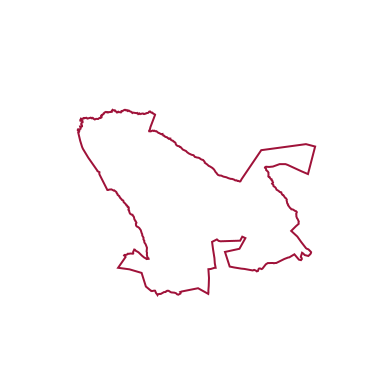 Narok North, Rift Valley, Kenya (Robinson projection), rotated 123°
{"feature_id": "3690345B19794245895997", "entity_name": "Narok North", "entity_type": "district", "adm_level": 2, "iso_a3": "KEN", "parent_name": "Kenya", "parent_adm1": "Rift Valley", "projection": "robinson", "projection_center": [35.859, -0.842], "detail": "fine", "context": "isolated", "style": "outline", "palette": "rose", "viewbox_px": 384, "rotation_deg": 123, "n_neighbors": 0, "source": "geoboundaries", "source_scale": "gbopen_adm2", "svg_char_len": 6108}
<svg xmlns="http://www.w3.org/2000/svg" viewBox="0 0 384 384"><g transform="rotate(123 192 192)"><path d="M268.6,122.9L267.3,123.5L265.9,124.5L261.7,126.8L254.9,130.9L247.8,136.2L246.3,134.3L243.4,131.9L242.7,130.9L239.3,134.1L235.2,137.2L228.3,143.4L222.9,148.0L218.2,145.3L218.5,143.1L217.9,141.4L206.6,125.1L202.1,125.5L201.6,122.1L213.8,121.3L224.3,131.7L234.0,119.8L232.3,115.5L229.4,108.9L228.0,106.2L224.7,98.3L223.5,97.5L223.3,96.7L223.1,95.3L223.3,94.5L222.4,93.7L220.3,94.2L219.7,94.1L219.1,93.4L218.7,91.6L217.9,91.2L212.4,90.7L210.3,89.7L207.3,85.2L207.2,84.5L206.4,83.8L205.7,82.7L197.9,78.1L194.6,75.7L193.8,74.8L188.5,72.2L190.5,65.5L189.8,63.5L188.4,63.4L187.7,64.0L187.2,65.4L183.0,66.6L183.0,65.4L183.5,63.1L182.3,59.6L180.0,59.0L178.9,58.9L177.6,59.3L177.3,60.3L176.7,63.1L177.1,65.1L177.0,65.9L174.5,73.1L172.0,79.4L170.6,87.6L164.1,86.2L160.6,85.2L159.3,86.2L158.7,86.3L157.2,88.6L156.7,89.8L155.5,91.3L154.3,92.0L153.7,92.7L151.8,93.1L151.7,93.3L151.4,94.2L151.7,95.0L151.7,97.6L152.1,98.9L152.4,99.2L152.0,100.3L151.9,101.4L151.2,102.9L150.9,104.1L150.0,104.7L149.9,105.5L149.5,106.1L148.3,107.2L147.7,108.0L146.8,108.3L146.1,109.7L146.1,110.9L144.9,113.6L145.1,114.0L144.9,114.2L145.0,115.0L144.1,116.7L143.7,116.9L143.7,117.3L144.2,118.4L143.9,120.0L144.0,122.4L143.1,123.7L142.7,125.0L142.7,126.8L141.7,127.7L141.6,128.8L141.3,129.4L140.7,129.1L139.9,129.2L139.2,130.5L138.9,130.6L138.6,131.2L138.6,131.9L138.0,132.2L138.1,133.1L137.9,134.0L137.2,135.1L137.6,135.7L137.4,136.4L137.2,136.6L136.0,137.1L134.9,138.0L134.2,138.3L133.6,139.4L133.2,141.8L132.6,142.1L132.1,142.8L131.9,144.1L131.5,144.2L130.5,143.7L129.0,141.0L126.6,138.0L120.9,133.7L117.7,128.7L117.2,126.6L115.0,111.4L113.8,104.5L86.8,113.5L89.8,122.5L119.2,156.7L154.3,157.4L156.7,157.2L157.2,157.7L157.5,159.3L158.0,159.9L157.9,160.9L158.7,162.0L158.7,163.5L159.2,165.5L159.9,166.7L160.6,169.1L160.9,171.1L162.0,174.1L162.3,176.4L163.1,177.8L163.5,179.3L163.2,180.7L162.8,181.5L162.5,182.9L161.2,185.6L160.9,186.8L160.9,187.6L160.7,187.9L160.8,191.2L161.0,192.2L160.6,194.5L160.5,197.2L160.2,197.3L159.7,198.1L159.1,200.2L159.5,201.4L159.7,202.8L159.5,203.8L159.7,205.2L160.3,206.4L161.0,208.8L160.3,210.7L161.0,212.6L161.4,215.5L161.3,217.8L160.9,219.3L161.4,222.8L160.5,226.2L160.9,226.8L160.6,227.5L161.2,229.3L161.2,230.5L160.6,231.8L159.9,232.4L159.5,234.1L159.7,234.4L159.7,235.2L159.4,235.8L159.8,237.5L159.4,239.1L159.0,239.3L159.3,239.9L160.0,240.2L160.0,240.7L159.7,240.9L160.0,241.9L159.7,242.9L160.3,244.4L159.9,246.1L160.3,246.6L159.9,247.6L160.0,248.3L159.5,248.5L160.2,249.3L160.4,250.3L160.4,251.5L160.7,252.3L160.4,255.0L161.0,255.8L161.1,257.0L161.7,257.4L161.8,258.3L162.6,259.0L163.1,259.2L163.9,260.0L164.4,261.0L164.1,261.3L162.5,261.4L160.2,262.2L147.4,265.0L147.2,265.1L147.2,265.6L147.4,268.1L147.1,268.3L147.1,268.7L147.4,268.9L147.6,270.0L147.4,270.3L147.3,271.1L148.0,271.7L148.4,271.6L149.7,272.0L150.6,273.1L150.9,273.1L151.8,274.0L152.1,274.0L152.7,274.6L152.9,275.0L152.8,275.7L153.4,276.6L153.8,276.8L154.6,277.9L154.9,278.0L154.8,279.0L155.5,279.1L156.0,279.5L155.6,280.3L155.8,280.7L155.6,281.1L156.1,281.5L157.7,285.1L157.9,284.9L158.2,285.0L157.9,286.9L158.2,288.0L158.1,289.3L159.1,289.8L159.1,290.4L158.8,290.2L158.6,290.6L159.5,291.9L159.6,292.2L159.3,292.4L159.9,293.4L162.2,294.5L162.2,294.9L162.5,295.2L163.2,294.9L164.0,295.0L164.3,296.0L164.9,296.9L164.8,297.6L165.1,297.8L165.7,297.8L166.2,298.2L165.8,299.4L166.1,300.4L165.5,301.0L165.7,301.6L166.3,302.3L166.3,303.3L166.7,303.3L167.4,303.6L168.3,302.9L168.9,303.4L170.5,305.5L171.0,305.8L170.9,306.3L171.1,306.6L171.3,306.3L171.5,306.6L171.7,307.8L172.9,308.6L174.2,308.6L174.3,308.9L175.2,308.8L176.3,309.5L176.8,309.1L177.1,309.2L177.1,309.7L177.5,309.8L178.0,309.5L178.2,308.8L178.7,308.5L179.0,308.6L179.2,309.1L179.9,309.2L180.2,309.9L181.9,310.5L182.9,312.3L184.1,313.0L184.2,314.2L183.9,315.0L184.3,315.4L184.2,316.2L184.9,316.5L184.9,317.5L187.2,319.5L187.2,319.9L187.4,320.0L187.3,321.1L188.1,321.8L188.7,322.9L188.9,323.1L189.5,322.9L190.0,323.7L190.5,323.9L190.8,324.4L191.0,325.1L191.5,324.9L192.5,324.9L193.0,324.5L192.8,323.9L192.1,323.7L192.0,323.3L192.0,322.6L192.8,321.9L193.2,321.7L194.2,322.2L194.8,322.2L195.8,321.6L195.9,320.7L196.8,320.0L197.4,320.2L198.1,321.5L198.3,321.3L198.6,320.5L199.6,319.9L200.7,320.3L201.1,320.7L201.4,321.7L201.7,321.8L202.6,321.3L202.7,320.9L202.5,320.6L201.8,320.2L202.0,319.8L203.7,319.4L204.2,319.7L209.9,313.7L214.0,308.8L215.2,307.0L219.7,297.7L225.7,282.9L226.0,282.6L225.8,280.4L227.2,279.7L227.8,278.9L236.4,264.1L235.8,263.2L235.1,262.8L233.7,261.0L233.4,258.3L233.0,258.1L233.2,255.5L234.1,254.3L234.0,253.9L234.4,253.2L234.9,252.8L235.0,250.9L235.4,250.6L235.8,249.1L236.2,248.8L236.4,247.2L236.8,246.6L236.6,245.0L237.7,243.8L238.1,241.6L238.5,240.4L238.9,239.8L238.7,239.1L239.5,238.1L239.6,237.5L239.2,237.3L239.3,236.9L239.7,236.4L240.5,235.9L241.5,235.7L241.8,235.1L241.6,234.9L241.7,234.7L242.5,234.1L243.6,232.7L243.9,232.0L243.9,230.6L243.5,229.5L244.0,229.1L244.2,227.9L244.7,227.0L246.4,225.3L246.9,223.8L247.4,223.4L247.4,223.0L248.1,221.8L249.2,221.8L250.6,220.6L251.0,219.5L250.8,218.3L250.9,216.7L251.9,214.2L254.0,211.7L254.5,210.8L255.6,210.0L256.7,207.8L258.2,206.9L258.9,205.4L259.7,205.0L260.3,204.3L261.1,202.4L263.3,199.4L266.7,197.6L267.5,196.6L269.2,195.7L270.9,194.0L271.3,193.1L271.3,192.4L271.7,192.0L273.0,193.6L272.8,194.8L273.0,196.1L272.7,199.1L271.7,204.1L271.9,207.2L271.5,208.4L271.7,209.1L274.4,208.7L275.6,207.8L275.9,207.9L277.1,210.1L278.5,211.6L278.6,212.1L280.1,212.6L281.2,213.7L281.5,214.3L281.9,214.4L282.2,214.4L282.2,213.0L282.7,212.3L295.8,212.7L290.9,202.3L287.3,190.2L296.4,179.2L297.2,172.4L296.9,172.1L296.9,171.6L295.3,170.0L294.9,169.2L296.4,167.0L296.7,165.9L297.2,164.8L296.3,164.9L295.0,163.5L294.5,162.7L291.1,160.9L290.3,159.7L289.4,159.6L288.9,159.2L288.6,159.2L288.1,158.7L287.6,157.8L287.6,155.2L287.3,154.3L286.0,151.9L285.8,151.1L285.6,150.0L285.9,148.9L285.6,147.6L283.5,146.4L282.6,146.6L282.3,147.4L281.2,146.6L269.4,134.5L268.6,122.9Z" fill="none" stroke="#9f1239" stroke-width="2"/></g></svg>